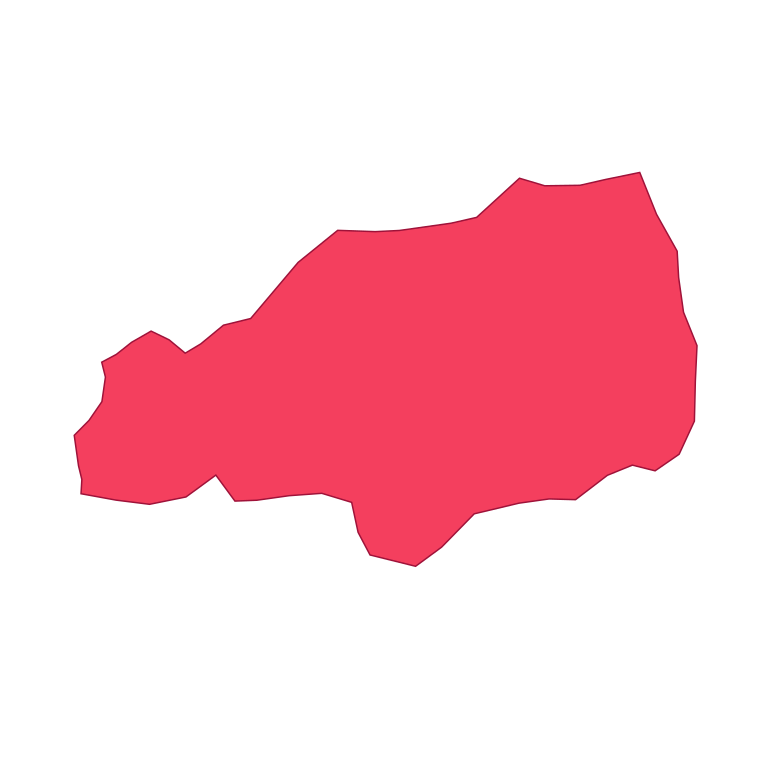 Aglantzia, Nicosia, Cyprus (Albers equal-area conic projection), rotated 172°
{"feature_id": "46923920B61795376722759", "entity_name": "Aglantzia", "entity_type": "district", "adm_level": 2, "iso_a3": "CYP", "parent_name": "Cyprus", "parent_adm1": "Nicosia", "projection": "albers", "projection_center": [33.427, 35.144], "detail": "fine", "context": "isolated", "style": "filled", "palette": "rose", "viewbox_px": 768, "rotation_deg": 172, "n_neighbors": 0, "source": "geoboundaries", "source_scale": "gbopen_adm2", "svg_char_len": 836}
<svg xmlns="http://www.w3.org/2000/svg" viewBox="0 0 768 768"><g transform="rotate(172 384 384)"><path d="M699.3,317.5L665.5,306.3L632.9,297.5L595.8,299.7L563.2,317.2L547.9,288.8L526.1,286.6L493.5,286.6L460.8,284.4L432.5,271.3L430.3,240.7L421.6,216.6L378.1,199.1L349.7,214.4L312.7,242.9L267.0,247.2L236.5,247.2L210.4,242.8L175.5,262.5L149.4,269.1L127.6,260.3L101.5,273.4L81.8,304.0L75.3,343.4L68.7,378.4L77.4,413.4L77.4,448.5L75.2,474.7L90.5,514.1L101.3,557.9L136.2,555.7L162.3,553.5L197.2,557.9L221.2,568.9L269.1,536.1L295.2,533.9L347.5,533.9L371.5,536.1L408.5,542.6L452.1,516.4L506.9,467.4L534.8,464.6L559.9,449.2L576.6,442.2L590.6,457.6L607.3,468.8L628.2,460.4L644.9,450.6L660.5,444.9L658.9,429.6L665.8,405.8L681.2,389.0L697.9,376.3L697.9,345.5L696.5,331.5L699.3,317.5Z" fill="#f43f5e" stroke="#9f1239" stroke-width="1.5"/></g></svg>